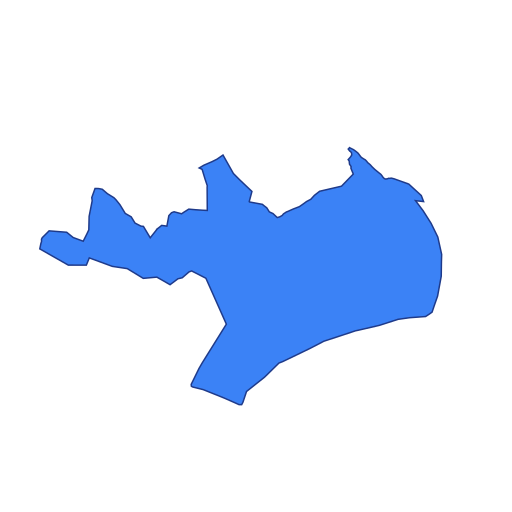 the district of Guma, Benue, Nigeria, rotated 143°
{"feature_id": "59680162B47044873054392", "entity_name": "Guma", "entity_type": "district", "adm_level": 2, "iso_a3": "NGA", "parent_name": "Nigeria", "parent_adm1": "Benue", "projection": "equal_earth", "projection_center": [8.727, 7.86], "detail": "fine", "context": "isolated", "style": "filled", "palette": "blue", "viewbox_px": 512, "rotation_deg": 143, "n_neighbors": 0, "source": "geoboundaries", "source_scale": "gbopen_adm2", "svg_char_len": 2467}
<svg xmlns="http://www.w3.org/2000/svg" viewBox="0 0 512 512"><g transform="rotate(143 256 256)"><path d="M386.0,190.9L385.4,189.5L378.6,181.1L372.5,171.0L370.6,167.9L366.9,161.7L360.9,151.0L359.0,147.5L356.9,145.9L354.4,147.1L345.1,153.5L322.0,154.1L302.1,156.7L298.2,155.6L276.1,151.2L267.9,149.6L253.7,147.2L253.1,147.1L224.6,137.4L221.6,136.4L219.5,135.4L199.3,126.4L185.8,121.7L181.5,120.2L180.8,120.0L170.5,114.3L157.0,105.6L152.6,105.3L149.2,105.2L148.3,105.8L142.6,109.7L135.1,114.7L120.2,128.4L115.4,134.6L111.6,139.5L106.8,145.5L99.4,161.7L96.5,176.7L95.3,191.6L95.3,204.2L89.4,198.6L87.6,204.8L90.7,221.5L99.3,234.6L100.5,236.1L101.1,236.8L102.4,237.5L103.4,238.3L104.6,238.6L106.1,239.4L106.9,240.5L107.2,242.5L107.1,243.9L107.1,245.5L107.2,246.4L107.7,248.2L108.0,249.4L109.0,253.5L109.6,257.2L109.7,258.1L109.8,259.7L110.0,260.8L110.2,261.8L110.4,262.4L110.6,263.6L110.6,265.2L110.7,265.8L110.8,266.9L111.6,268.8L112.5,271.3L112.6,272.4L112.6,273.5L112.6,276.3L112.7,277.3L113.5,280.3L114.1,282.2L114.9,283.8L115.8,285.6L116.1,286.3L117.3,285.9L117.8,286.0L118.0,285.9L118.0,283.4L117.7,282.7L117.6,280.9L118.8,279.0L121.0,278.2L124.4,277.5L124.4,275.8L126.1,273.0L126.2,270.3L127.4,268.9L129.0,262.9L145.7,260.3L166.2,269.4L172.8,269.3L177.7,268.4L178.0,268.3L183.0,269.1L185.8,269.1L191.6,269.3L197.9,271.1L200.9,271.8L203.6,272.4L205.3,272.9L207.3,273.0L208.7,273.1L210.7,272.6L213.5,273.0L215.9,273.9L216.9,279.7L218.8,283.2L218.4,288.0L219.4,291.6L219.8,293.4L228.7,303.1L228.6,303.6L220.4,310.0L223.2,326.8L224.4,335.5L221.6,356.5L228.9,356.8L234.3,357.8L243.0,359.9L248.4,360.5L246.9,357.6L250.5,347.8L252.6,341.5L253.6,340.4L267.5,321.7L271.8,325.3L276.4,329.3L281.5,333.9L287.5,334.4L290.0,334.5L294.8,340.6L296.0,341.0L297.5,341.4L301.3,340.7L309.2,333.5L312.9,337.2L316.2,337.1L319.1,337.1L319.1,336.9L329.5,334.2L328.1,347.4L329.9,349.1L332.8,355.1L332.1,362.4L334.8,368.7L334.2,374.7L333.8,378.9L334.0,385.2L334.4,388.1L337.2,395.3L338.6,401.8L341.1,404.6L343.9,406.8L352.0,401.5L353.6,398.7L365.4,388.1L373.8,377.5L377.6,375.5L385.1,371.8L390.9,380.8L392.9,388.9L406.1,400.6L411.8,399.8L415.6,399.3L417.2,398.5L418.6,396.6L420.2,395.5L424.4,391.8L411.4,361.7L397.0,350.8L390.3,354.8L377.0,334.2L366.4,323.4L359.5,306.0L347.9,298.8L341.9,284.8L332.1,284.8L328.0,283.0L319.1,283.6L316.4,282.8L309.4,268.4L320.7,219.4L363.3,203.0L369.2,200.5L382.0,194.0L385.0,192.5L386.0,190.9Z" fill="#3b82f6" stroke="#1e3a8a" stroke-width="1.5"/></g></svg>